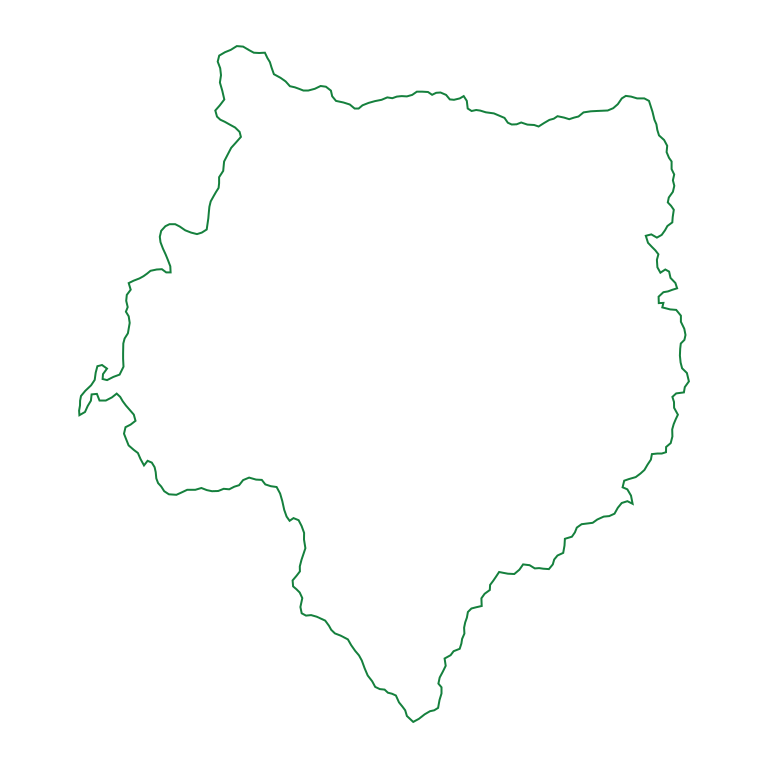 Bom Despacho, Minas Gerais, Brazil (Robinson projection)
{"feature_id": "56859067B37689080878598", "entity_name": "Bom Despacho", "entity_type": "district", "adm_level": 2, "iso_a3": "BRA", "parent_name": "Brazil", "parent_adm1": "Minas Gerais", "projection": "robinson", "projection_center": [-45.298, -19.708], "detail": "fine", "context": "isolated", "style": "outline", "palette": "green", "viewbox_px": 768, "rotation_deg": 0, "n_neighbors": 0, "source": "geoboundaries", "source_scale": "gbopen_adm2", "svg_char_len": 5169}
<svg xmlns="http://www.w3.org/2000/svg" viewBox="0 0 768 768"><path d="M632.6,503.8L631.0,495.6L627.3,489.3L622.6,487.3L624.2,480.7L628.8,479.1L635.7,477.1L640.5,473.5L644.4,470.0L647.5,464.7L650.9,459.6L651.9,454.1L657.7,453.5L661.9,453.5L666.0,452.2L666.1,447.0L670.7,443.1L672.4,436.5L672.2,429.4L673.7,424.1L675.7,419.3L677.9,414.7L674.1,407.8L674.0,402.0L672.4,396.9L676.2,393.4L683.9,392.4L684.8,387.1L688.9,381.4L686.9,373.0L682.1,368.3L680.6,362.5L679.9,355.6L680.2,348.7L680.8,343.5L684.4,339.9L685.5,335.0L684.3,328.8L680.9,321.8L680.9,315.7L676.2,309.9L670.1,309.4L662.3,307.4L663.4,302.9L658.8,303.1L658.6,296.7L663.4,292.2L668.0,291.4L672.0,289.9L677.1,288.3L675.4,283.0L670.5,277.9L669.1,271.6L665.3,269.5L660.4,272.7L657.4,267.3L656.9,259.8L658.4,254.3L655.3,250.3L652.0,247.0L648.0,242.8L645.8,235.8L651.3,234.4L656.9,237.6L661.7,234.9L665.0,230.3L667.4,226.0L672.3,222.4L672.7,217.1L673.8,209.8L671.1,205.9L667.8,202.4L668.8,197.5L672.9,191.8L674.3,185.8L672.9,180.3L674.2,174.5L671.6,169.1L671.6,161.5L669.0,157.8L666.6,152.1L667.2,145.8L664.1,140.0L659.0,135.4L657.3,129.9L656.4,124.3L654.4,119.7L652.5,111.8L649.0,100.9L644.3,98.4L637.1,98.4L631.1,96.6L625.8,95.9L621.8,98.4L617.8,104.2L613.2,108.2L607.7,110.5L600.9,110.8L596.5,111.0L590.8,111.3L583.5,112.4L578.5,116.5L574.1,117.6L569.2,119.2L564.1,117.6L557.5,116.2L553.8,118.7L549.4,119.9L544.1,123.0L538.6,126.5L534.2,125.0L527.4,124.6L521.2,122.5L516.6,124.3L511.7,124.5L507.8,122.7L504.5,117.9L499.8,115.9L493.9,113.4L485.8,112.3L480.3,110.6L476.2,110.0L471.6,111.0L467.7,108.5L466.8,100.9L463.7,96.1L459.8,98.4L454.0,99.8L449.8,99.4L446.1,94.9L440.5,92.5L436.2,92.8L432.1,94.8L428.0,92.0L422.7,91.7L416.8,91.7L412.2,94.9L406.9,96.4L401.6,96.1L396.8,96.6L392.3,98.2L387.3,97.4L381.6,99.8L375.0,101.1L368.6,102.9L362.5,105.3L358.7,108.5L354.6,108.5L349.8,104.5L343.5,102.5L336.0,100.9L332.2,96.3L330.9,90.6L325.9,86.7L320.6,86.0L314.8,88.8L308.4,90.5L303.3,90.5L299.0,88.8L294.8,87.3L289.9,86.2L285.6,81.4L280.5,77.8L273.9,74.2L271.5,67.4L269.9,62.1L267.4,58.0L264.9,52.7L259.1,53.0L253.8,52.7L249.2,50.2L243.1,46.6L236.8,46.1L230.7,49.9L225.0,52.2L219.2,55.6L217.7,61.6L220.2,68.2L221.0,75.2L219.9,82.5L222.3,90.8L224.3,99.5L219.7,105.5L215.3,110.5L217.0,116.6L220.3,119.7L224.8,121.8L229.6,124.5L235.1,127.5L239.6,131.9L240.9,136.9L235.8,142.7L231.2,147.8L227.6,154.7L224.1,161.5L223.2,170.9L219.1,177.2L219.1,183.2L218.6,187.9L216.0,192.0L213.7,196.0L210.7,201.4L209.4,206.7L208.9,211.7L208.3,218.5L206.7,229.5L201.8,232.6L197.0,234.1L191.1,232.6L185.2,230.3L179.7,226.5L175.2,224.2L169.5,224.2L165.4,226.2L161.2,230.8L159.8,236.8L160.5,242.2L162.9,248.5L165.7,254.6L167.9,260.0L170.3,266.3L170.6,272.4L166.2,272.4L161.9,269.2L156.7,269.5L150.5,270.8L147.1,273.6L143.5,276.2L139.5,278.4L133.6,280.7L128.7,283.1L130.7,289.7L126.8,294.9L126.2,300.8L127.7,307.1L125.9,311.7L128.7,316.3L129.7,322.9L127.9,333.3L124.6,338.5L123.3,343.5L123.1,353.4L123.1,358.7L123.5,366.7L119.6,374.6L113.4,376.9L107.1,380.1L102.6,379.0L103.0,374.1L107.0,368.6L102.0,365.0L97.4,366.2L95.7,372.6L94.7,379.9L91.1,385.3L85.3,390.8L81.0,396.0L80.1,400.7L80.0,405.5L79.1,410.6L79.4,415.2L85.0,412.0L87.7,406.0L90.9,400.7L91.6,394.4L96.9,393.9L99.5,400.5L105.9,400.5L111.9,397.4L116.7,393.6L120.2,396.9L122.7,401.2L125.9,405.5L129.9,410.1L133.8,414.6L135.5,420.8L130.6,424.6L125.5,427.2L124.0,433.7L126.1,439.1L128.6,445.4L133.8,449.9L137.9,453.0L140.5,459.0L144.0,465.4L147.6,460.8L151.8,462.6L154.6,467.2L155.7,472.1L156.3,478.4L158.1,483.1L161.2,486.5L164.2,491.2L168.9,494.3L176.4,494.8L181.9,492.3L187.2,489.8L195.3,489.8L201.4,488.0L206.8,490.1L212.0,491.2L218.2,491.0L223.7,488.8L229.2,489.3L234.3,486.7L239.1,485.2L243.1,480.1L249.1,477.6L256.1,479.6L261.8,479.9L265.3,484.4L270.8,486.2L276.6,487.0L280.1,493.5L282.3,501.1L284.2,509.8L286.6,516.6L289.6,520.8L293.5,518.1L298.6,520.2L301.6,526.0L304.1,532.9L304.0,539.5L305.4,548.2L303.4,554.2L301.5,559.8L299.8,566.4L299.9,571.4L296.6,575.7L292.6,580.4L293.1,586.4L296.4,589.2L299.7,592.5L302.3,598.1L300.4,607.0L301.7,613.3L306.0,615.6L311.1,615.1L316.7,616.7L325.2,620.6L329.0,625.8L331.2,629.8L334.9,633.4L340.6,635.6L347.9,639.4L351.2,645.2L355.2,650.9L359.0,655.4L361.8,660.5L364.6,668.2L367.7,675.5L372.2,681.3L375.2,686.9L379.8,689.1L384.6,689.6L387.9,692.7L391.9,693.7L395.9,695.5L399.0,702.4L402.5,706.7L405.2,710.3L406.9,716.0L413.2,721.9L418.8,718.9L424.7,714.3L430.0,711.2L434.2,710.3L438.1,707.9L439.5,700.1L441.5,693.5L441.5,687.3L438.4,683.6L439.7,677.5L442.8,671.7L445.7,665.8L444.6,658.5L450.6,655.2L453.6,651.2L459.7,648.8L461.4,643.5L462.1,638.9L464.4,633.6L464.1,627.7L465.2,622.4L466.9,617.6L467.9,612.0L471.4,608.5L476.0,607.3L481.7,606.0L481.4,598.3L484.6,593.8L489.8,590.0L490.1,584.9L493.2,580.8L496.0,576.7L499.1,572.0L503.1,572.8L507.9,573.7L514.3,574.0L519.4,569.7L523.1,564.4L529.6,565.2L534.8,568.4L539.2,568.1L543.2,568.7L548.9,569.1L552.8,564.4L554.2,559.5L557.5,555.5L563.2,552.9L564.5,545.6L564.9,538.8L571.9,536.7L574.9,532.4L576.8,527.6L581.6,524.2L587.2,523.5L592.7,522.8L597.3,519.5L603.7,516.6L609.2,516.1L614.5,513.7L617.8,507.8L621.7,503.0L627.4,501.2L632.6,503.8Z" fill="none" stroke="#15803d" stroke-width="2"/></svg>